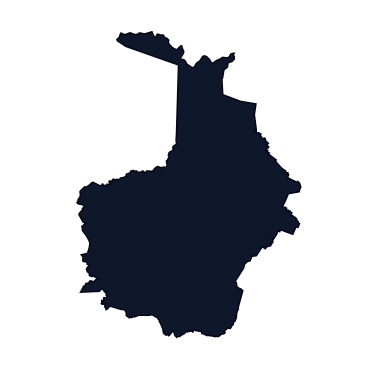 Ayotlán, Jalisco, Mexico (Robinson projection), rotated 195°
{"feature_id": "50627088B2305212977001", "entity_name": "Ayotlán", "entity_type": "district", "adm_level": 2, "iso_a3": "MEX", "parent_name": "Mexico", "parent_adm1": "Jalisco", "projection": "robinson", "projection_center": [-102.328, 20.472], "detail": "fine", "context": "isolated", "style": "filled", "palette": "ink", "viewbox_px": 384, "rotation_deg": 195, "n_neighbors": 0, "source": "geoboundaries", "source_scale": "gbopen_adm2", "svg_char_len": 5970}
<svg xmlns="http://www.w3.org/2000/svg" viewBox="0 0 384 384"><g transform="rotate(195 192 192)"><path d="M119.7,70.0L118.9,73.0L117.9,74.7L117.8,75.4L118.4,76.3L118.1,77.1L117.2,77.9L116.6,81.8L117.4,86.0L117.4,90.1L116.9,90.6L117.5,92.2L117.4,109.8L119.6,111.0L121.4,111.1L124.1,112.2L125.8,115.9L127.2,116.8L122.4,132.0L122.6,135.7L120.6,139.1L118.0,140.6L117.6,145.3L113.4,147.1L109.9,157.5L108.9,156.9L106.5,156.2L105.8,156.3L106.3,156.4L106.3,156.7L105.9,158.1L103.3,159.9L103.1,160.3L102.3,160.2L101.6,162.8L101.8,163.1L100.9,164.1L101.6,166.1L101.4,166.5L102.9,167.2L102.7,167.7L101.1,167.5L99.3,173.0L98.9,176.6L97.0,176.4L96.8,178.5L83.7,177.2L82.5,185.4L80.5,185.2L80.0,189.4L81.9,189.6L81.7,191.7L81.8,191.2L82.6,190.9L83.7,190.9L83.6,192.9L85.4,193.1L85.3,194.1L86.6,194.2L88.6,195.1L90.0,194.8L90.3,198.0L92.2,197.7L92.4,199.0L94.2,198.7L94.3,199.2L96.3,198.8L96.4,200.7L97.1,200.6L97.7,201.4L101.0,200.7L99.7,206.7L98.5,215.3L88.5,220.0L88.6,222.3L88.2,224.9L90.5,228.5L92.7,229.6L93.1,228.5L103.5,230.6L103.1,233.8L104.6,234.3L104.2,235.2L107.9,235.6L107.3,236.8L109.3,237.3L112.2,238.6L117.0,241.7L119.4,243.4L118.9,244.7L128.2,248.6L127.6,249.8L130.2,250.0L129.5,251.3L131.6,251.4L129.7,254.8L129.6,255.4L131.8,255.6L131.1,256.8L132.4,257.3L130.9,258.8L133.5,260.2L133.7,259.8L135.2,260.6L134.6,262.0L135.9,262.9L137.3,262.1L139.4,262.5L139.3,263.3L140.8,264.4L140.4,265.7L143.0,266.5L143.9,265.9L146.7,266.4L147.5,267.5L147.3,267.8L145.7,267.6L146.3,269.5L151.8,282.9L153.0,293.6L168.8,292.1L187.5,294.0L192.3,308.7L192.0,310.3L192.8,318.1L190.1,321.8L190.6,326.1L187.0,328.5L185.6,331.3L186.1,333.6L187.3,334.0L187.0,334.6L187.6,335.5L187.2,336.9L188.9,336.3L190.2,335.3L191.0,332.4L192.0,331.1L193.4,330.5L196.8,330.1L197.6,329.7L199.5,327.5L202.4,325.3L205.5,321.4L207.1,322.2L209.2,324.4L212.6,326.4L214.4,326.8L215.7,326.5L216.5,325.9L216.9,325.2L218.3,320.8L221.1,317.4L222.1,313.3L222.9,312.6L224.4,312.2L227.1,313.3L229.9,314.0L232.3,316.7L233.7,317.5L235.2,317.7L236.7,317.3L237.6,317.7L237.7,318.6L236.4,323.0L236.2,325.1L236.5,325.9L238.7,328.4L239.6,330.5L240.1,330.6L241.1,329.7L243.3,325.7L244.4,325.5L246.1,325.8L248.7,326.6L250.5,327.8L251.3,328.0L253.5,330.1L253.8,331.4L253.7,332.4L253.9,332.8L255.5,333.7L259.0,334.5L259.6,335.0L259.8,335.9L260.4,336.1L263.3,335.5L266.0,335.7L266.7,334.7L266.9,332.2L267.7,332.0L268.5,332.2L269.4,333.0L271.5,335.2L271.8,336.2L272.2,336.4L278.6,332.4L283.9,332.1L285.4,330.3L287.0,329.5L289.0,329.3L292.6,329.8L293.8,329.3L296.5,327.2L297.7,326.7L299.2,326.6L301.2,327.2L301.8,327.1L302.1,326.2L302.3,322.7L304.0,319.7L303.4,319.4L303.2,318.7L293.4,315.5L237.9,311.2L221.9,243.5L220.9,238.2L219.3,234.3L219.2,233.9L219.9,233.8L220.6,232.7L221.6,231.9L221.9,231.1L222.0,229.6L220.9,228.3L222.2,226.3L223.6,225.2L224.4,223.7L224.3,221.0L223.4,220.4L223.2,218.9L223.8,217.8L224.0,215.9L224.7,215.5L224.3,214.0L222.9,211.6L223.4,209.3L224.0,208.8L226.2,208.7L228.3,207.3L231.8,207.8L232.3,207.0L233.2,206.5L233.3,205.9L234.2,205.2L234.4,203.6L235.0,203.1L235.4,202.2L236.4,201.5L239.5,201.0L240.8,200.5L241.0,200.7L241.3,200.4L241.3,199.2L242.1,198.6L242.8,198.6L243.6,199.2L245.3,199.5L246.2,198.0L247.8,197.6L249.4,197.2L251.1,197.9L253.6,197.2L254.2,197.6L255.0,197.4L254.9,196.9L255.5,196.3L256.3,196.6L256.3,195.9L257.3,194.0L259.9,192.3L260.2,191.4L259.6,190.7L259.6,190.1L262.1,188.2L262.2,187.8L263.7,187.7L264.8,186.7L265.4,185.4L266.3,184.9L267.5,184.6L267.7,184.9L269.7,183.6L271.0,184.2L271.4,184.0L272.1,182.8L272.0,181.4L272.3,181.1L274.1,181.5L274.6,181.2L274.9,180.8L274.7,180.1L273.9,179.7L273.6,179.0L272.9,178.4L273.0,177.8L274.8,177.8L276.2,177.4L276.6,175.6L277.6,175.9L278.1,175.6L278.6,175.8L279.4,175.6L280.1,176.5L280.7,176.4L280.7,175.4L281.2,175.1L281.7,174.1L290.1,175.7L291.0,175.3L293.2,171.8L295.3,169.5L297.2,169.1L300.3,163.7L299.6,161.4L298.9,161.0L299.1,159.2L298.9,157.7L300.0,155.7L299.8,153.5L300.4,152.2L299.7,151.4L298.0,151.1L295.5,151.4L292.1,151.0L293.6,147.4L293.1,146.3L294.8,143.4L295.4,141.8L295.3,140.8L289.4,134.7L288.3,134.4L287.0,135.2L286.8,133.7L289.5,130.3L288.4,128.4L288.3,127.5L287.7,126.3L282.5,122.3L280.8,120.5L278.3,117.7L277.3,115.9L276.8,110.8L277.1,105.7L282.7,102.7L280.7,101.1L280.2,100.2L279.8,97.5L279.5,97.1L278.3,96.7L276.5,97.4L274.9,96.2L274.5,95.0L271.8,95.1L273.7,91.8L274.0,90.0L272.5,87.9L270.1,86.9L269.8,85.4L269.0,84.6L268.0,85.2L267.3,84.3L264.8,85.5L264.1,84.9L259.9,83.8L262.3,82.3L263.9,79.8L264.6,79.6L266.3,80.1L267.1,79.9L267.7,79.5L268.0,78.0L268.8,77.0L270.8,76.2L271.0,74.2L272.5,72.6L272.6,71.0L273.7,66.4L255.7,72.1L255.4,73.1L253.5,75.6L250.8,73.0L250.1,73.1L249.2,74.2L248.3,73.7L248.4,72.6L249.1,72.1L248.6,71.8L248.2,70.2L247.4,69.5L247.1,67.9L247.6,67.4L249.4,67.3L249.9,67.0L249.9,66.4L249.1,64.8L249.0,64.2L249.2,63.9L250.5,64.1L251.1,63.9L250.7,62.3L250.5,62.1L250.7,60.7L249.8,60.3L247.8,61.0L246.6,61.1L246.4,60.4L246.8,59.6L246.7,58.7L245.4,57.5L244.5,56.1L243.4,57.2L241.9,60.3L241.2,60.6L230.7,60.2L226.2,60.8L225.8,60.0L224.6,59.1L224.5,58.3L223.6,56.9L223.7,55.9L222.1,54.9L220.9,55.0L220.0,54.2L219.6,54.8L217.8,55.2L216.0,56.5L214.8,56.8L211.5,59.2L201.8,61.7L199.3,62.9L197.9,63.0L193.9,61.7L192.5,61.8L191.7,60.4L190.3,59.4L190.0,58.5L188.3,56.8L185.0,52.6L182.9,48.2L180.5,47.1L179.8,47.1L178.2,48.0L177.1,47.2L174.3,53.3L173.5,52.9L173.2,51.8L171.3,48.9L169.0,47.7L168.9,48.1L167.5,49.2L166.3,49.2L166.3,51.4L165.8,51.4L165.4,50.8L164.9,50.8L164.8,53.2L164.5,53.2L163.8,52.5L163.3,52.4L161.2,56.0L160.6,56.1L160.7,55.6L160.0,55.6L159.2,57.0L158.1,56.7L157.6,57.3L156.3,57.6L155.0,57.0L154.7,57.5L154.6,59.4L153.3,59.9L152.7,59.0L151.1,59.4L149.4,59.2L149.3,59.6L148.0,59.6L147.4,59.9L146.8,59.2L145.9,59.1L145.9,57.8L144.5,58.2L143.3,57.6L142.0,57.6L140.4,57.1L140.0,57.6L139.1,57.9L137.9,57.6L136.8,58.1L132.0,58.3L130.7,59.0L129.5,59.0L128.1,60.2L127.5,61.6L124.0,63.8L123.7,64.8L124.8,66.0L122.6,69.3L121.8,69.9L119.7,70.0Z" fill="#0f172a" stroke="#020617" stroke-width="1.5"/></g></svg>